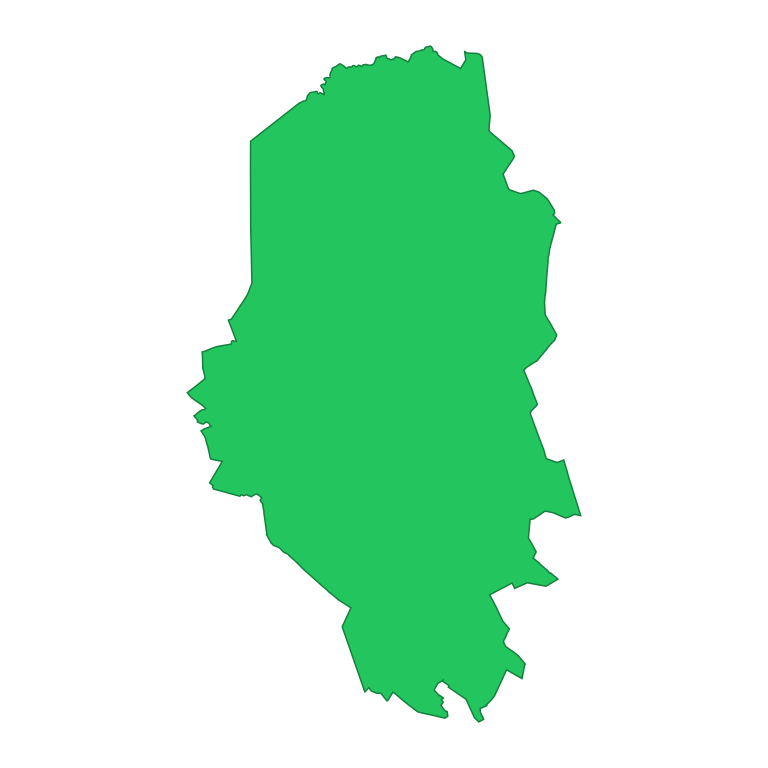 outline of Burtnieku pag., Burtnieku, Latvia
{"feature_id": "27541924B29560801732467", "entity_name": "Burtnieku pag.", "entity_type": "district", "adm_level": 2, "iso_a3": "LVA", "parent_name": "Latvia", "parent_adm1": "Burtnieku", "projection": "orthographic", "projection_center": [25.298, 57.686], "detail": "fine", "context": "isolated", "style": "filled", "palette": "green", "viewbox_px": 768, "rotation_deg": 0, "n_neighbors": 0, "source": "geoboundaries", "source_scale": "gbopen_adm2", "svg_char_len": 5895}
<svg xmlns="http://www.w3.org/2000/svg" viewBox="0 0 768 768"><path d="M250.6,141.2L250.5,169.5L250.7,226.8L251.9,282.2L252.2,282.5L248.5,292.0L247.1,295.2L243.9,300.3L234.9,313.9L231.2,319.3L228.4,320.1L236.4,341.3L234.4,341.1L232.3,340.7L231.6,341.3L231.2,344.1L216.7,346.6L210.4,348.9L205.6,351.0L202.1,352.0L202.5,356.4L202.8,368.1L204.3,374.2L205.2,378.5L194.2,387.4L189.7,390.8L187.3,392.7L190.0,396.1L191.7,397.8L193.5,399.2L201.2,404.5L203.6,406.4L205.6,408.6L205.2,409.1L203.9,409.7L201.8,410.0L201.0,410.4L197.4,413.1L195.1,415.2L194.4,415.7L194.0,415.7L194.0,415.9L197.6,420.2L197.4,421.9L201.0,423.6L203.6,424.0L205.6,422.2L208.3,422.7L209.1,423.3L209.6,424.7L210.0,425.3L210.5,425.9L211.1,426.2L210.8,426.5L204.5,428.8L201.0,430.9L203.1,433.9L205.1,437.2L206.9,444.0L207.7,446.2L210.5,458.9L215.6,460.2L222.3,461.3L220.3,464.8L214.2,475.0L212.0,478.8L209.6,482.9L213.1,485.8L213.1,486.0L212.5,487.0L213.4,488.6L213.4,489.0L239.8,496.2L240.0,496.1L241.1,494.7L243.7,495.8L246.4,494.7L249.8,496.2L251.5,496.7L253.0,495.5L256.3,493.9L257.7,494.4L259.9,496.3L261.8,498.1L260.1,500.1L260.4,500.4L260.8,501.0L261.2,502.3L262.5,503.2L262.7,503.7L262.5,504.2L262.7,504.3L263.2,507.8L264.0,512.0L263.9,512.8L264.1,514.6L264.4,516.3L266.9,534.6L266.6,534.7L271.0,542.8L273.7,545.5L276.5,546.5L279.2,547.7L281.4,549.7L281.8,550.4L284.1,552.5L285.0,552.9L286.0,553.0L286.6,553.5L287.3,553.8L288.4,554.7L288.7,555.2L290.0,556.5L295.2,561.0L299.9,565.6L301.0,566.9L306.8,572.4L307.8,573.1L322.2,586.0L326.8,589.8L329.0,592.1L332.7,594.9L337.9,599.5L350.9,607.8L342.2,626.8L364.8,691.8L367.9,688.8L368.9,687.7L371.2,690.9L376.8,693.3L380.9,693.3L386.7,700.7L387.7,700.7L392.9,692.2L394.9,693.5L401.4,699.1L409.2,705.4L417.8,711.9L423.3,713.3L429.6,714.6L436.7,716.2L438.2,716.7L438.4,716.6L444.9,718.2L447.8,716.3L447.2,711.6L445.3,710.9L442.9,708.2L440.9,705.3L443.2,702.2L441.3,699.7L443.5,698.1L439.5,695.3L439.2,695.5L438.9,695.3L434.2,690.1L434.2,689.9L434.7,688.9L437.7,683.5L443.1,680.2L442.8,681.3L449.0,685.7L448.3,687.1L459.2,694.6L466.0,699.2L474.4,717.6L478.8,721.9L483.7,719.2L480.3,712.1L480.2,708.5L486.8,705.7L486.3,704.9L487.0,704.3L490.7,700.5L491.0,700.2L494.5,695.9L506.6,669.9L522.0,678.6L523.5,671.1L524.6,665.2L525.3,664.1L517.8,655.2L505.7,646.5L504.1,643.4L503.5,641.2L506.4,635.6L506.1,635.4L509.4,628.9L503.0,621.4L498.4,612.0L496.1,606.9L489.7,594.8L512.1,583.0L514.6,588.4L521.3,585.5L527.2,582.8L545.9,586.2L557.9,579.3L557.7,578.9L550.8,573.1L550.6,573.0L550.0,573.3L549.8,573.1L548.4,571.8L547.8,570.8L539.6,563.7L539.6,563.4L539.3,563.1L533.9,558.7L533.1,558.3L536.2,551.9L532.1,544.2L528.4,537.9L530.1,519.3L533.3,519.0L545.1,511.1L552.2,512.5L554.0,513.1L565.6,518.0L568.8,517.0L574.4,514.4L580.7,515.6L568.4,476.2L567.2,471.7L563.7,460.0L557.2,462.5L546.2,458.6L543.8,449.9L538.4,435.8L531.0,415.6L530.3,413.3L531.3,411.0L531.2,410.9L536.6,405.7L537.4,404.1L532.5,391.8L532.7,391.7L530.8,386.5L530.5,386.2L530.3,385.9L524.5,371.9L523.9,370.4L523.6,370.1L527.1,367.0L532.4,363.6L537.0,360.9L542.0,354.7L542.6,354.2L544.6,351.6L545.6,350.6L549.0,346.1L551.3,343.4L551.4,343.5L554.8,340.0L556.7,335.0L556.6,334.9L550.2,323.1L547.2,318.5L545.4,315.0L545.2,314.9L544.5,302.1L545.0,296.6L545.7,292.2L546.8,275.6L547.6,266.4L548.0,262.5L548.0,257.9L548.8,255.5L549.7,248.7L554.0,232.8L556.2,224.2L560.5,222.9L560.5,222.2L557.6,219.6L553.0,214.9L554.3,213.8L554.6,213.3L554.2,210.1L548.6,200.8L547.0,198.7L546.0,197.7L545.6,197.5L539.6,192.5L538.6,192.0L534.1,190.4L532.9,190.3L525.9,192.2L525.4,192.5L524.5,192.6L523.3,193.0L520.9,193.5L519.6,193.3L510.0,190.0L508.8,189.0L508.3,188.2L503.1,174.2L504.0,172.6L513.4,158.5L514.1,157.1L514.3,156.0L513.1,153.2L512.5,151.6L511.8,150.5L490.4,132.3L489.6,131.5L489.3,130.8L489.2,130.1L489.0,128.6L489.1,127.4L490.2,115.5L482.4,58.3L482.2,57.3L482.0,56.7L480.8,55.3L480.2,54.7L479.6,54.3L478.2,53.7L476.6,53.4L467.0,53.0L466.2,52.6L464.8,51.4L464.6,51.5L465.8,59.7L460.5,68.5L442.4,58.7L441.4,57.7L438.1,55.2L437.1,52.7L436.5,51.9L435.2,51.3L434.9,51.5L434.5,51.4L434.1,51.7L433.4,51.3L432.7,50.5L432.8,49.4L432.6,48.4L432.1,48.0L431.6,47.1L431.3,46.6L430.7,46.2L430.1,46.1L429.2,46.4L425.7,47.2L424.9,48.1L424.0,49.7L423.4,50.1L421.9,49.8L421.1,50.1L419.8,50.9L418.2,51.3L416.7,51.3L415.8,51.6L411.9,54.5L411.5,55.0L410.8,57.4L409.1,60.2L408.6,61.4L407.8,61.9L407.2,61.7L406.7,61.0L406.3,60.7L404.2,60.0L400.5,58.1L396.6,56.9L395.5,56.9L395.0,57.3L394.8,58.1L394.6,58.5L393.4,58.8L391.7,59.9L390.5,59.8L389.3,58.9L388.9,58.7L387.8,58.7L387.0,58.2L386.7,57.8L386.5,56.5L386.4,56.1L385.9,55.5L385.4,55.2L383.8,55.7L382.4,55.8L380.8,56.2L380.2,56.5L379.3,57.5L379.0,57.5L378.3,56.9L376.2,57.5L375.9,58.1L376.1,58.6L376.1,58.8L375.6,59.6L375.3,60.4L373.8,63.6L373.0,64.3L371.5,65.0L369.1,65.3L366.0,64.4L363.2,64.9L362.1,66.0L361.2,66.4L360.0,65.6L358.7,65.2L358.1,65.5L357.5,66.2L356.4,66.7L355.8,66.6L354.7,65.8L353.8,65.5L352.9,65.7L352.3,66.1L351.6,66.9L351.2,67.2L349.0,66.9L348.2,67.1L347.1,68.0L346.6,68.2L346.1,68.1L345.5,67.7L344.4,66.4L341.2,64.3L340.7,64.0L339.7,63.9L339.2,64.1L338.0,65.1L336.2,66.3L334.3,67.1L332.8,67.9L332.1,68.5L332.1,69.9L331.2,71.4L330.1,73.9L330.0,75.0L330.2,76.1L330.1,77.2L329.5,77.6L328.3,78.0L327.5,77.6L326.6,77.6L324.7,78.2L324.0,78.9L324.1,79.5L324.5,79.9L325.5,80.4L326.2,81.6L326.1,82.2L326.0,82.5L325.7,82.7L325.4,83.2L325.3,84.4L325.0,84.8L324.8,84.8L324.0,84.2L323.3,84.1L321.8,84.7L321.3,85.0L320.8,85.6L320.8,85.9L321.3,86.4L321.9,87.5L322.2,87.9L322.9,88.4L323.2,89.0L323.7,91.8L324.5,94.1L324.4,94.4L323.9,94.6L323.7,94.6L322.9,94.0L321.3,93.4L320.6,92.7L319.9,92.7L318.8,93.7L318.1,93.9L317.8,93.7L317.4,93.2L317.1,91.8L317.0,91.5L316.5,91.3L314.7,91.9L310.7,92.4L310.1,92.7L309.6,93.2L307.6,95.6L307.3,96.3L306.6,99.1L305.9,100.3L305.4,100.8L305.1,101.0L303.4,101.1L302.8,101.3L301.0,102.4L299.2,103.1L250.6,141.2Z" fill="#22c55e" stroke="#15803d" stroke-width="1.5"/></svg>